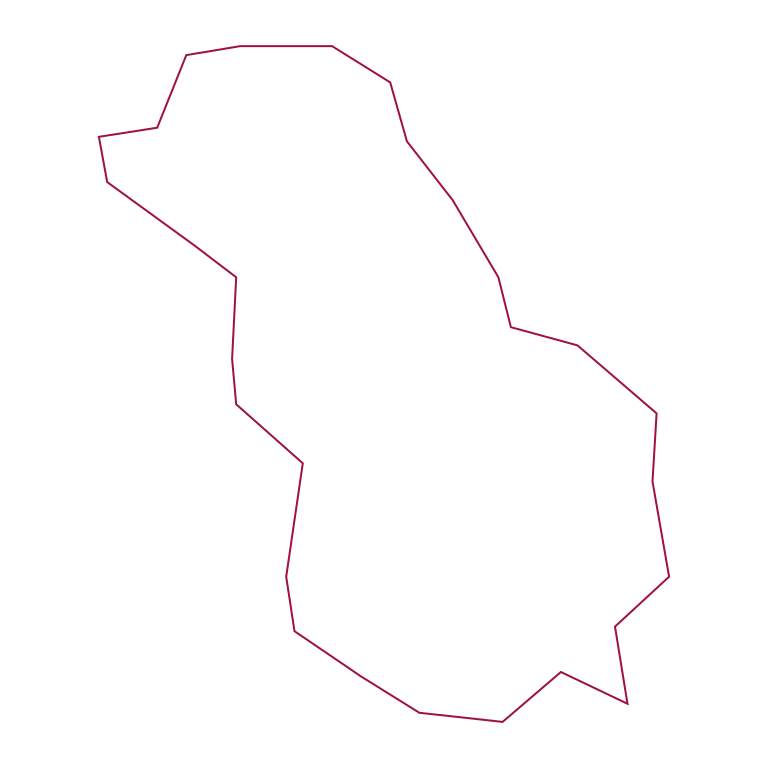 Ergates, Nicosia, Cyprus
{"feature_id": "46923920B33096207211340", "entity_name": "Ergates", "entity_type": "district", "adm_level": 2, "iso_a3": "CYP", "parent_name": "Cyprus", "parent_adm1": "Nicosia", "projection": "equal_earth", "projection_center": [33.23, 35.064], "detail": "fine", "context": "isolated", "style": "outline", "palette": "rose", "viewbox_px": 768, "rotation_deg": 0, "n_neighbors": 0, "source": "geoboundaries", "source_scale": "gbopen_adm2", "svg_char_len": 470}
<svg xmlns="http://www.w3.org/2000/svg" viewBox="0 0 768 768"><path d="M669.1,576.7L652.5,481.5L656.6,413.4L577.5,345.4L510.9,327.2L498.4,277.3L452.7,200.2L406.9,141.3L390.2,82.4L332.0,46.1L240.4,46.1L186.3,55.1L157.2,127.7L98.9,136.8L107.2,182.1L194.6,245.6L236.2,277.3L232.1,359.0L236.2,404.3L302.8,463.3L286.2,576.7L294.5,631.2L361.1,676.5L419.4,712.8L502.6,721.9L560.9,672.0L627.5,703.8L615.0,626.6L669.1,576.7Z" fill="none" stroke="#9f1239" stroke-width="2"/></svg>